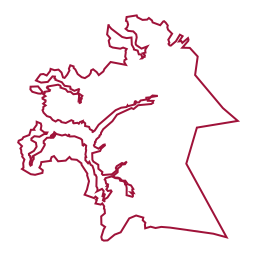 Sørfold nor, Nordland, Norway
{"feature_id": "86288312B94814604845877", "entity_name": "Sørfold nor", "entity_type": "district", "adm_level": 2, "iso_a3": "NOR", "parent_name": "Norway", "parent_adm1": "Nordland", "projection": "albers", "projection_center": [15.554, 67.519], "detail": "fine", "context": "isolated", "style": "outline", "palette": "rose", "viewbox_px": 256, "rotation_deg": 0, "n_neighbors": 0, "source": "geoboundaries", "source_scale": "gbopen_adm2", "svg_char_len": 5686}
<svg xmlns="http://www.w3.org/2000/svg" viewBox="0 0 256 256"><path d="M36.0,80.5L41.1,82.6L47.8,81.9L52.5,76.4L54.9,76.6L54.5,78.3L55.4,78.7L55.4,79.8L61.8,82.2L64.6,85.8L70.1,86.6L70.5,87.3L70.3,88.7L74.4,90.8L79.6,88.8L78.5,90.0L78.8,90.9L77.7,92.7L82.4,95.9L81.5,97.0L81.8,98.5L80.7,100.4L80.9,102.3L79.8,103.0L79.3,102.6L79.8,98.9L78.7,100.0L79.1,96.2L78.7,93.6L73.4,94.2L70.5,91.7L67.7,91.8L65.7,89.3L60.5,87.6L60.7,86.4L60.3,85.7L58.1,84.7L47.5,86.5L47.0,87.3L47.7,87.8L47.4,88.4L50.0,90.0L49.6,91.0L44.7,91.8L44.4,92.4L44.7,93.0L43.2,94.1L45.5,96.1L42.5,97.7L42.6,98.8L45.6,100.4L45.5,101.7L43.2,103.7L45.6,105.4L43.3,107.0L43.3,109.2L42.5,110.1L43.6,112.7L46.9,116.1L50.4,117.2L52.6,119.9L55.6,121.5L58.0,119.9L60.7,120.9L61.3,122.1L65.8,123.0L71.3,120.2L73.3,121.1L73.1,122.8L73.7,123.3L77.5,122.8L78.8,123.7L79.9,122.1L82.7,121.0L82.3,122.6L83.6,121.9L85.2,123.3L85.1,126.0L89.1,126.9L89.9,129.2L92.5,130.6L92.6,131.6L91.9,131.5L92.7,132.0L94.7,130.6L98.6,124.8L115.6,110.2L121.2,107.7L126.6,107.0L127.5,105.5L127.8,106.2L135.0,104.4L135.6,103.8L135.4,103.1L134.5,103.1L134.9,101.5L135.7,101.2L136.7,102.4L139.1,102.4L140.6,100.5L146.3,99.5L146.3,97.7L150.2,97.3L152.5,95.5L157.8,95.9L151.1,97.0L147.6,100.1L147.7,100.8L153.4,100.9L152.7,102.2L153.0,102.9L151.2,104.0L138.2,105.2L133.6,109.0L131.4,108.1L117.0,114.7L112.4,121.2L103.2,129.2L101.0,132.9L100.9,134.4L99.5,135.5L99.5,136.6L96.4,139.3L95.3,141.7L96.4,141.9L95.0,142.0L94.7,144.2L93.9,145.2L94.5,146.6L98.5,148.7L103.4,144.8L104.7,144.5L104.9,145.4L101.2,148.6L100.1,151.0L92.2,153.2L92.4,159.8L93.4,161.6L98.3,164.8L98.4,168.8L102.4,172.0L101.9,173.9L102.9,175.0L111.9,174.3L116.7,170.3L115.8,168.0L116.7,166.2L122.0,163.0L123.3,163.4L122.9,164.0L123.2,164.3L124.6,164.0L125.0,162.8L126.8,161.6L125.0,164.2L122.8,164.5L122.3,163.5L121.3,164.2L121.5,165.1L120.7,166.4L117.0,169.1L117.1,170.1L117.7,170.1L117.6,172.3L113.1,176.0L115.1,177.6L117.8,177.6L119.8,178.3L122.3,180.7L125.3,180.7L127.9,184.3L131.0,185.4L133.3,189.0L132.3,189.4L132.3,190.6L133.7,193.0L130.8,192.5L132.9,194.6L132.9,196.3L132.4,196.8L126.6,195.2L126.7,188.0L126.1,185.0L125.1,184.5L124.9,183.0L123.8,181.3L120.2,180.7L119.3,178.5L115.2,178.1L111.8,176.4L105.5,178.1L104.7,179.6L105.4,180.1L106.1,183.6L107.9,184.4L107.0,185.7L107.9,185.5L107.9,186.7L106.4,189.3L107.9,191.0L110.9,190.4L111.6,191.5L107.4,197.6L104.4,199.3L104.3,200.5L104.9,201.7L102.9,200.3L104.8,194.4L103.8,193.8L102.3,197.1L103.7,191.0L102.0,188.9L96.9,191.4L97.6,190.3L97.3,188.0L96.4,186.4L96.6,177.0L95.6,174.9L94.6,174.6L93.8,169.7L92.4,165.8L90.7,164.8L89.3,161.8L88.1,163.3L85.4,160.2L85.4,157.3L86.2,157.1L85.4,154.5L86.2,150.0L85.8,149.2L86.2,145.6L84.3,144.2L83.3,145.6L82.6,145.2L82.1,140.0L80.7,138.7L74.6,136.3L69.8,136.5L69.1,135.8L69.3,134.1L68.0,136.0L65.4,134.6L62.0,135.5L56.5,134.0L54.3,132.2L53.9,133.1L55.1,134.2L55.1,135.5L53.4,137.7L51.6,137.8L52.0,136.3L53.9,134.9L53.5,133.7L51.0,135.6L50.7,136.7L51.4,137.0L51.0,137.6L47.0,137.8L43.7,141.1L43.7,143.2L44.8,144.0L44.7,145.2L41.0,151.6L32.6,156.3L32.4,157.5L33.7,157.5L33.7,159.1L32.0,161.0L32.4,161.3L31.8,163.2L31.8,164.8L30.5,165.6L29.8,164.3L29.8,162.6L31.0,158.9L30.3,157.7L30.1,156.0L29.0,155.1L28.9,153.8L33.9,150.9L36.6,146.7L35.9,142.7L31.4,140.2L31.4,138.5L34.4,136.2L39.5,136.8L44.0,134.1L46.5,134.0L47.3,132.5L44.3,132.4L40.7,129.6L41.4,125.8L40.8,123.5L36.7,121.8L36.7,124.8L33.8,128.8L34.3,129.8L30.9,129.8L29.3,135.0L23.4,137.2L22.2,139.2L18.7,140.7L18.2,142.5L22.0,146.1L20.4,148.5L21.2,150.0L21.3,153.1L22.6,155.0L22.2,156.6L24.4,159.5L23.2,163.2L23.5,167.7L22.0,169.0L30.8,174.2L35.1,174.8L42.4,172.9L42.8,170.3L39.4,167.6L40.9,164.7L41.3,162.1L50.9,160.8L50.6,159.8L51.6,157.1L54.0,156.1L58.1,161.3L65.7,160.6L69.5,157.0L71.5,159.3L76.8,159.8L81.4,163.3L81.6,164.8L87.4,173.7L87.1,175.2L89.0,181.2L86.9,189.7L84.6,194.7L94.1,198.1L95.5,196.6L97.4,198.2L96.0,199.7L96.8,200.2L95.5,203.5L100.7,204.6L102.3,203.4L104.2,206.3L103.9,208.7L104.6,209.3L104.9,213.3L101.2,216.4L101.4,224.4L105.1,226.9L103.6,229.5L101.3,237.0L102.0,239.7L103.8,240.6L107.6,240.4L114.7,234.6L120.7,232.3L129.2,218.4L136.1,215.5L143.3,217.6L142.7,220.2L145.4,222.8L144.9,224.4L145.2,228.3L150.6,226.7L155.5,228.0L161.3,226.9L170.1,227.6L213.3,233.7L226.6,237.3L186.3,163.7L196.9,127.6L237.8,120.9L222.9,108.1L195.1,75.0L197.7,56.5L189.8,47.9L182.3,47.7L188.2,40.9L188.5,39.6L188.0,38.1L182.3,42.9L181.3,41.1L179.0,41.4L182.6,36.2L179.9,34.7L175.9,41.3L170.8,45.6L169.5,45.3L168.5,43.9L169.4,42.7L168.3,39.7L172.1,33.7L168.0,29.6L167.3,27.2L167.8,25.5L165.7,22.6L164.1,21.2L163.2,21.5L160.2,25.2L152.6,22.4L152.0,20.5L148.9,18.0L147.1,19.6L142.5,19.9L137.4,17.3L136.7,15.4L126.6,17.0L126.0,20.9L127.3,21.5L128.1,24.6L127.1,27.4L125.6,28.8L128.2,30.9L133.3,31.4L136.2,34.4L136.7,37.3L135.6,42.9L135.8,44.5L136.5,45.3L141.5,48.6L147.3,46.4L145.5,49.2L145.2,50.7L145.5,52.6L142.9,53.3L144.9,55.4L144.6,56.9L143.3,56.7L143.5,57.1L142.5,58.3L141.7,58.4L142.8,57.3L142.2,57.1L141.2,54.5L138.8,54.3L137.7,50.6L133.9,49.5L133.9,48.5L131.8,44.7L131.5,37.5L126.6,38.1L122.2,37.0L111.4,28.8L109.1,26.2L108.5,24.4L107.1,34.5L110.2,38.2L108.7,40.7L109.8,46.1L112.6,47.5L120.3,48.7L123.1,47.6L126.7,49.0L125.5,51.0L125.8,52.3L125.2,56.7L126.4,59.1L124.5,60.1L124.2,62.0L125.9,64.9L110.6,62.0L104.4,69.0L103.4,71.4L98.8,75.1L96.7,72.1L93.1,69.3L91.1,70.4L90.7,73.0L89.0,75.5L84.9,78.1L81.7,77.2L77.7,74.1L75.3,69.4L73.7,68.0L73.6,66.4L70.3,65.3L68.9,68.8L69.5,70.4L67.2,74.7L64.6,77.9L63.0,77.4L61.5,72.5L58.5,69.6L54.6,70.2L50.6,68.9L50.1,71.1L46.7,75.5L43.4,74.0L40.5,74.4L36.0,80.5ZM38.0,86.4L30.6,86.7L30.4,89.4L32.3,91.8L38.2,93.5L40.8,93.7L42.5,91.9L38.0,86.4Z" fill="none" stroke="#9f1239" stroke-width="2"/></svg>